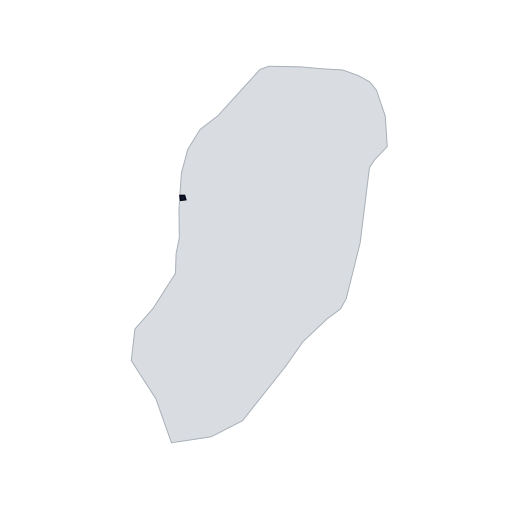 location of 47, Ad Dawhah, Qatar, rotated 199°
{"feature_id": "91078587B84345070687923", "entity_name": "47", "entity_type": "district", "adm_level": 2, "iso_a3": "QAT", "parent_name": "Qatar", "parent_adm1": "Ad Dawhah", "projection": "albers", "projection_center": [51.56, 25.239], "detail": "fine", "context": "in_parent", "style": "filled", "palette": "ink", "viewbox_px": 512, "rotation_deg": 199, "n_neighbors": 0, "source": "geoboundaries", "source_scale": "gbopen_adm2", "svg_char_len": 709}
<svg xmlns="http://www.w3.org/2000/svg" viewBox="0 0 512 512"><g transform="rotate(199 256 256)"><path d="M275.6,449.3L254.5,454.5L234.7,460.1L218.2,459.9L205.0,457.6L196.2,452.1L179.3,430.3L167.5,402.1L174.9,386.4L177.5,376.6L161.8,302.3L156.8,245.2L158.8,233.5L168.1,220.1L183.6,190.5L191.9,161.9L215.1,95.9L239.5,70.5L275.1,51.9L304.3,88.5L339.9,116.5L346.7,147.6L336.2,173.1L326.5,213.5L332.3,232.1L334.4,248.2L344.1,275.3L353.6,310.4L355.2,334.8L350.1,357.4L337.6,376.4L313.0,433.6L305.6,439.6L275.6,449.3Z" fill="#d9dde1" stroke="#a8b0b8" stroke-width="1"/><path d="M343.3,290.0L347.6,288.5L345.4,284.1L341.5,286.0L340.7,286.4L343.3,290.0Z" fill="#0f172a" stroke="#020617" stroke-width="1.5"/></g></svg>